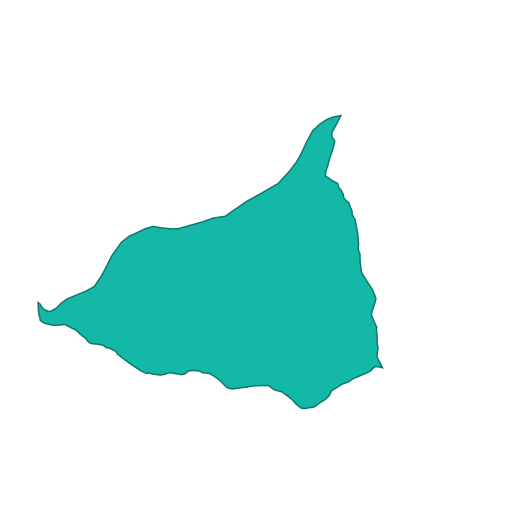 Barzhong, Chirang, Bhutan, rotated 30°
{"feature_id": "84629894B8862847881254", "entity_name": "Barzhong", "entity_type": "district", "adm_level": 2, "iso_a3": "BTN", "parent_name": "Bhutan", "parent_adm1": "Chirang", "projection": "mercator", "projection_center": [90.069, 26.941], "detail": "fine", "context": "isolated", "style": "filled", "palette": "teal", "viewbox_px": 512, "rotation_deg": 30, "n_neighbors": 0, "source": "geoboundaries", "source_scale": "gbopen_adm2", "svg_char_len": 2381}
<svg xmlns="http://www.w3.org/2000/svg" viewBox="0 0 512 512"><g transform="rotate(30 256 256)"><path d="M266.7,117.0L262.6,114.9L260.7,113.0L259.9,109.8L259.8,101.8L259.3,92.0L253.4,97.0L249.0,102.5L246.4,107.8L245.4,109.7L242.4,119.7L242.8,128.7L242.9,131.9L244.0,146.0L244.0,155.2L242.6,165.7L239.0,182.1L229.6,198.4L220.3,213.9L212.0,231.4L209.5,237.0L200.1,244.4L191.8,254.1L183.6,262.4L175.0,271.3L169.0,274.9L159.9,279.0L152.1,281.8L146.3,287.9L140.5,296.5L136.1,302.6L132.6,311.5L131.0,328.4L131.8,339.4L132.1,351.0L131.3,363.1L126.2,371.5L114.0,387.5L111.1,393.8L109.9,398.3L109.5,400.4L105.7,406.7L104.0,407.8L98.7,408.2L95.2,407.0L93.0,405.6L90.6,405.3L93.9,410.5L95.8,413.3L97.6,415.6L100.4,418.3L101.4,419.7L106.0,420.0L111.4,418.6L114.4,417.6L116.7,416.5L121.5,413.3L124.4,410.9L129.6,410.6L132.9,410.5L135.7,410.3L137.6,410.4L139.4,410.5L141.2,411.2L144.3,411.8L147.1,412.2L149.5,412.5L152.2,413.6L154.3,414.4L156.6,414.2L159.1,413.4L162.3,411.7L168.2,409.7L172.3,410.2L174.1,409.2L182.3,408.6L185.0,410.2L199.5,412.1L208.1,412.7L213.5,413.0L216.0,412.8L218.7,412.5L220.7,412.0L222.5,410.7L226.2,409.7L227.9,408.9L232.5,407.1L234.1,405.7L236.5,403.7L239.3,400.3L243.2,398.8L245.9,397.9L248.0,396.8L250.3,396.3L253.0,394.1L255.3,388.9L259.4,386.2L264.4,384.0L268.5,383.6L270.6,382.6L275.1,380.9L284.1,381.3L289.9,382.6L295.4,384.2L297.6,384.4L302.2,382.9L304.7,380.9L307.6,378.5L312.6,374.9L314.6,373.2L317.0,371.1L318.5,369.9L325.9,365.2L330.0,363.0L331.8,361.9L338.2,362.8L342.7,361.7L346.4,360.7L356.6,361.8L359.0,362.3L363.9,363.9L366.5,364.5L371.5,365.1L375.5,363.1L378.0,360.6L381.1,358.5L382.4,356.6L384.4,351.8L387.3,346.4L389.2,340.6L388.8,334.8L395.0,323.4L397.0,321.3L399.3,318.3L401.4,313.8L408.9,303.8L411.2,300.7L413.0,297.5L413.1,295.3L414.9,291.7L421.4,289.5L411.1,282.9L407.7,274.7L405.7,272.3L404.1,270.3L400.8,264.6L397.8,260.6L395.8,257.0L390.8,253.6L385.1,248.9L383.5,243.2L382.8,238.9L381.2,232.9L378.7,230.8L373.5,226.8L366.0,223.1L358.7,219.2L355.6,217.4L353.2,214.4L350.1,210.4L348.0,207.3L345.1,202.4L341.3,199.3L338.7,194.2L335.6,189.8L333.3,186.3L330.0,182.4L323.5,174.9L318.6,172.1L316.6,169.0L312.8,166.2L309.7,163.5L305.9,162.8L303.2,161.9L300.8,159.1L297.4,156.7L293.7,155.5L290.3,152.3L284.1,152.6L276.1,152.0L274.1,147.9L273.1,142.2L270.8,133.8L269.1,124.8L266.7,117.0Z" fill="#14b8a6" stroke="#0f766e" stroke-width="1.5"/></g></svg>